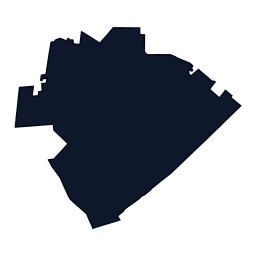 Maicanesti, Vrancea, Romania
{"feature_id": "2599482B14220108289328", "entity_name": "Maicanesti", "entity_type": "district", "adm_level": 2, "iso_a3": "ROU", "parent_name": "Romania", "parent_adm1": "Vrancea", "projection": "orthographic", "projection_center": [27.427, 45.473], "detail": "fine", "context": "isolated", "style": "filled", "palette": "ink", "viewbox_px": 256, "rotation_deg": 0, "n_neighbors": 0, "source": "geoboundaries", "source_scale": "gbopen_adm2", "svg_char_len": 5256}
<svg xmlns="http://www.w3.org/2000/svg" viewBox="0 0 256 256"><path d="M114.0,221.7L119.7,219.9L119.3,219.3L119.0,218.8L118.6,218.0L118.1,217.2L117.6,216.4L117.3,216.0L120.5,213.5L122.9,211.5L123.1,211.4L123.3,211.2L123.4,210.9L124.1,209.8L124.4,209.5L124.8,208.9L127.2,207.1L127.9,206.6L135.7,201.1L138.7,198.9L139.2,198.5L139.5,198.0L139.7,197.8L139.9,197.6L142.3,195.7L142.5,195.5L142.6,195.3L142.8,195.2L143.1,195.1L143.5,195.0L143.8,195.1L150.8,189.6L150.6,189.0L150.9,188.7L151.1,188.5L151.3,188.4L151.7,188.3L154.3,186.3L157.8,183.4L164.9,177.7L170.2,173.6L175.7,168.4L177.5,166.8L178.3,165.9L178.6,165.5L179.8,164.5L181.8,162.6L188.8,155.9L196.7,148.3L206.6,138.9L212.4,133.2L218.2,127.7L225.1,120.8L226.9,119.1L231.2,114.9L239.4,107.0L240.6,105.8L239.4,104.8L238.0,103.7L235.2,101.3L234.9,101.1L232.1,98.7L230.4,97.3L231.7,95.7L228.8,93.3L228.0,92.6L226.8,91.6L226.4,91.3L226.0,90.9L225.5,90.6L225.3,90.5L224.4,91.8L223.9,92.6L223.4,93.2L222.9,93.8L220.9,96.3L220.4,96.9L219.8,97.7L219.5,98.1L219.0,97.7L217.8,96.6L216.4,95.4L213.4,92.8L212.5,92.0L212.4,91.9L210.3,90.0L209.9,89.6L209.6,89.3L209.6,89.2L210.8,87.4L212.2,85.6L212.4,85.4L213.0,84.5L214.0,83.3L215.0,81.9L213.4,81.2L212.8,81.9L210.1,79.7L206.5,76.5L202.9,73.5L199.9,70.9L198.5,69.6L196.8,71.0L192.6,74.6L191.1,75.9L190.7,75.6L189.9,75.0L188.6,73.7L188.6,72.9L188.7,72.7L188.7,72.2L188.7,71.7L188.6,71.0L188.6,70.7L188.5,70.2L188.5,69.8L188.5,69.6L188.8,69.4L189.1,69.5L189.3,69.5L189.5,69.6L189.6,69.8L189.8,69.9L190.1,70.1L190.6,70.5L191.0,70.7L191.3,70.8L191.6,70.9L191.9,70.9L192.1,70.8L192.3,70.7L192.5,70.5L192.5,70.2L192.4,70.0L192.3,69.8L192.2,69.6L192.1,69.4L191.8,68.9L191.6,68.6L191.6,68.4L191.5,68.2L191.6,67.9L191.6,67.7L191.8,67.3L192.1,66.9L192.2,66.7L192.4,66.3L192.6,65.9L192.4,65.7L191.4,64.7L191.2,64.5L190.8,64.4L190.7,64.3L190.5,64.2L190.4,64.1L190.2,63.9L190.3,63.7L190.2,63.5L190.0,63.4L187.6,62.4L184.0,60.9L182.5,60.3L181.1,59.7L179.7,59.1L178.2,58.5L176.8,57.9L175.7,57.5L175.3,57.3L175.5,57.0L170.4,54.8L170.2,54.8L164.4,54.8L159.4,54.7L154.3,54.8L152.8,54.8L151.2,54.8L149.3,54.8L148.7,54.8L148.2,54.8L147.5,54.7L147.2,54.7L146.9,54.5L146.5,54.2L146.2,53.9L145.9,53.6L145.7,53.5L145.3,53.1L145.1,52.7L144.6,52.0L144.5,51.8L144.4,51.2L144.3,49.9L144.3,46.9L144.4,41.7L144.4,40.4L144.4,36.7L144.4,34.9L139.6,34.8L139.6,28.0L132.7,28.0L113.3,27.8L110.0,31.7L107.8,34.5L107.2,35.1L105.8,36.6L104.0,38.7L103.7,38.9L101.2,41.8L100.0,43.4L96.7,41.3L93.8,39.4L91.1,37.8L91.0,37.6L86.6,34.9L83.8,33.1L81.6,32.0L80.3,42.6L80.3,42.9L79.8,44.5L79.7,44.8L79.5,44.7L79.4,44.6L79.0,44.5L78.8,44.4L78.4,44.4L78.0,44.3L77.8,44.3L77.5,44.3L77.1,44.4L76.9,44.4L76.5,44.4L76.3,44.4L76.0,44.4L75.8,44.3L75.5,44.2L75.3,44.2L74.9,44.1L74.4,44.1L74.1,44.1L73.9,44.1L73.7,44.0L73.6,43.8L73.5,43.7L73.4,43.5L73.2,42.8L73.0,41.8L73.0,40.7L72.9,40.3L72.8,40.2L72.7,40.1L72.2,40.0L71.9,40.0L71.7,40.0L71.2,40.0L70.8,40.0L70.4,40.0L70.0,39.8L69.7,39.7L69.4,39.6L69.0,39.3L68.7,38.9L68.3,38.7L68.1,38.6L67.8,38.7L67.7,38.8L67.4,39.2L67.2,39.8L67.0,40.3L66.8,40.8L66.6,41.1L66.4,41.2L66.1,41.2L65.8,41.2L65.6,41.1L65.3,40.9L65.1,40.8L64.8,40.5L64.4,40.1L64.1,39.9L63.9,39.8L63.5,39.7L63.1,39.6L62.6,39.4L62.1,39.2L61.3,38.9L60.9,38.8L60.7,38.7L60.4,38.6L60.2,38.6L59.8,38.6L59.2,38.7L58.6,38.9L58.0,39.1L57.7,39.2L57.5,39.4L57.1,39.6L56.8,39.7L56.2,39.9L55.9,40.0L55.6,40.1L55.5,40.3L55.3,40.6L55.1,40.8L54.8,41.3L54.7,41.5L54.5,41.9L54.4,42.1L54.2,42.3L54.0,42.5L53.8,42.5L53.6,42.5L53.4,42.4L53.3,42.2L53.1,42.1L52.9,41.9L52.6,41.8L52.4,41.8L52.1,41.9L51.8,42.2L51.5,42.4L50.9,43.1L51.0,43.6L50.9,44.1L49.4,52.9L48.3,59.7L47.7,63.9L47.4,65.8L46.1,74.4L41.5,75.3L40.9,79.2L40.7,80.1L41.5,80.5L41.9,80.5L41.7,78.9L47.1,78.2L46.3,83.3L41.9,83.7L42.3,91.4L38.9,91.8L38.3,95.8L31.9,96.4L33.3,86.4L27.2,86.9L20.1,87.5L19.6,87.5L19.4,88.8L19.3,90.3L19.3,91.0L19.2,91.3L19.2,91.7L19.0,92.4L19.0,92.7L18.8,94.3L18.5,97.6L17.1,110.9L16.5,116.0L16.0,121.3L15.8,123.0L15.4,127.0L15.5,127.0L19.0,126.7L20.9,126.6L21.8,126.4L22.5,126.4L22.6,126.5L24.8,126.3L31.6,125.8L33.7,125.6L36.6,125.4L39.0,125.2L43.5,124.8L44.7,124.8L46.4,124.6L49.0,124.4L51.0,124.3L52.6,124.1L53.3,124.1L53.5,125.6L53.6,126.9L53.7,127.4L54.0,130.1L55.5,131.5L56.5,132.5L57.9,133.8L58.3,134.2L60.4,136.2L60.5,136.3L67.1,142.6L67.7,143.3L68.2,143.6L68.2,143.8L67.2,144.8L65.1,147.1L63.6,148.8L62.8,149.7L62.2,150.4L61.7,150.8L61.1,151.5L60.6,152.1L59.8,152.9L58.8,154.0L58.1,154.8L57.3,155.6L57.1,155.8L56.9,156.1L55.8,157.1L55.4,157.6L55.1,158.1L55.0,158.8L54.9,159.1L54.3,159.1L51.5,159.5L49.3,159.8L49.0,159.8L48.5,159.9L48.5,160.0L49.0,160.6L49.3,161.2L49.6,161.8L51.1,164.5L52.2,166.6L52.8,167.4L53.2,168.0L53.4,168.3L53.7,168.5L54.0,169.0L55.3,170.8L59.3,176.3L59.9,177.1L60.3,177.7L60.8,178.7L63.0,183.8L63.2,184.2L63.8,185.6L64.6,187.3L65.4,189.2L66.1,190.6L67.2,193.1L68.1,195.1L68.9,196.5L69.5,197.9L70.8,199.5L71.2,199.9L72.7,201.2L73.1,201.7L73.3,201.9L74.2,202.7L78.3,206.3L81.3,208.9L82.6,210.0L84.2,211.4L85.7,212.8L86.4,213.5L86.9,214.2L87.3,215.1L87.6,215.7L88.9,219.0L89.7,220.6L90.0,221.3L90.1,221.6L90.6,222.6L91.4,224.3L92.5,227.0L92.8,227.8L92.9,228.2L94.0,227.8L96.2,227.1L98.2,226.5L103.2,224.9L108.1,223.5L111.2,222.5L112.0,222.3L114.0,221.7Z" fill="#0f172a" stroke="#020617" stroke-width="1.5"/></svg>